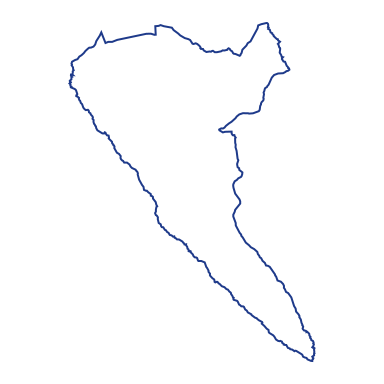 Água Clara, Mato Grosso do Sul, Brazil
{"feature_id": "56859067B67958328223895", "entity_name": "Água Clara", "entity_type": "district", "adm_level": 2, "iso_a3": "BRA", "parent_name": "Brazil", "parent_adm1": "Mato Grosso do Sul", "projection": "albers", "projection_center": [-52.844, -20.147], "detail": "fine", "context": "isolated", "style": "outline", "palette": "blue", "viewbox_px": 384, "rotation_deg": 0, "n_neighbors": 0, "source": "geoboundaries", "source_scale": "gbopen_adm2", "svg_char_len": 5891}
<svg xmlns="http://www.w3.org/2000/svg" viewBox="0 0 384 384"><path d="M267.9,23.7L267.0,23.0L266.0,23.1L261.3,24.2L258.2,25.4L257.5,28.5L250.5,41.4L247.7,43.2L246.4,45.6L242.4,49.7L241.6,52.9L240.6,54.4L240.4,55.2L239.7,55.8L235.5,54.0L233.7,53.7L233.1,53.2L232.1,51.3L230.5,50.3L229.7,48.9L228.6,48.3L227.7,48.9L227.3,49.8L224.4,50.5L222.6,50.4L221.2,51.3L216.9,52.2L214.8,52.2L212.9,50.8L211.8,51.1L211.0,51.7L209.6,51.5L206.4,52.0L203.7,50.4L203.0,49.0L200.9,48.9L200.3,48.2L200.6,47.5L199.5,45.9L197.3,44.0L195.7,43.3L193.5,44.0L192.5,43.7L190.1,40.0L188.3,39.1L184.8,38.1L180.2,35.4L178.2,33.5L173.6,30.1L171.9,27.7L163.8,26.2L160.6,25.1L158.6,25.9L155.3,26.2L155.7,34.7L154.4,34.8L150.9,33.7L146.3,33.8L117.2,39.9L112.1,41.9L108.2,41.9L105.5,43.0L101.3,32.4L99.8,35.6L96.3,41.1L95.2,44.5L93.5,46.6L91.0,47.6L89.2,47.7L88.0,48.6L85.4,51.0L83.8,53.1L81.5,55.2L79.3,56.6L77.5,59.2L75.1,60.0L72.1,61.7L71.5,63.5L72.0,64.5L71.6,65.2L73.0,67.4L73.2,69.6L73.7,70.2L72.7,71.3L72.8,72.8L72.2,74.3L72.8,74.9L71.0,74.6L70.9,75.5L71.2,76.2L72.1,76.9L71.4,77.3L71.4,79.4L69.8,80.7L69.9,81.6L70.5,81.7L70.9,82.4L69.5,83.5L70.5,84.5L70.3,85.3L70.7,86.3L71.4,86.6L71.0,87.4L74.3,88.8L75.3,89.4L76.0,90.2L77.3,94.1L77.0,94.8L76.3,95.3L76.3,96.2L77.6,96.7L79.0,97.9L78.8,98.7L79.5,100.4L80.1,100.7L80.8,102.9L82.1,104.2L83.3,107.6L84.6,109.2L85.8,110.1L87.9,109.8L88.7,110.6L89.0,112.3L90.5,113.4L90.7,114.4L92.5,116.4L92.9,117.4L92.5,118.8L93.6,120.0L93.5,121.9L94.1,123.9L94.7,124.4L95.3,125.9L95.9,126.3L96.2,128.1L97.4,130.3L102.4,133.4L104.0,133.5L104.8,132.3L105.5,132.7L105.8,133.7L107.0,135.3L108.6,135.6L109.0,137.7L108.7,138.5L112.0,141.8L112.2,143.4L113.4,144.6L113.4,145.3L114.1,145.7L114.5,146.6L114.3,148.1L116.9,152.7L119.0,153.9L120.7,156.1L120.5,158.0L121.0,159.2L122.2,160.5L123.1,160.9L124.2,162.6L127.0,162.6L129.5,164.5L130.6,166.6L132.0,168.0L135.6,169.7L136.4,171.0L137.2,171.6L137.9,173.3L137.7,174.5L139.1,179.6L142.0,184.9L143.5,186.8L144.0,189.9L146.1,190.8L146.8,190.7L148.3,192.3L150.8,194.1L150.8,195.7L152.3,196.3L152.9,196.9L153.0,198.6L155.7,202.1L156.3,204.7L157.2,206.3L156.4,207.0L155.9,209.5L155.9,211.6L155.1,213.1L155.8,215.0L156.8,215.6L157.9,217.3L157.8,219.2L158.7,223.0L160.7,224.3L161.2,226.3L161.8,227.1L163.3,227.3L164.8,229.8L166.0,230.3L166.9,231.8L168.6,232.9L169.7,234.9L171.6,235.4L173.1,236.7L174.3,236.4L174.7,237.8L175.5,238.0L177.0,239.4L179.1,239.5L182.5,241.6L183.2,242.7L183.9,243.2L184.5,244.5L186.1,244.3L186.0,245.2L187.2,246.8L187.5,248.7L188.3,249.2L188.7,250.4L188.6,251.1L189.2,251.4L189.7,250.9L190.7,251.3L190.8,252.4L192.8,254.4L193.5,256.1L194.7,257.3L196.3,257.5L197.1,258.0L198.0,260.6L198.5,261.0L201.3,261.0L204.7,262.4L206.3,267.0L207.0,267.8L208.5,270.6L208.5,271.8L210.0,273.7L209.9,275.1L210.3,275.9L212.6,278.4L213.8,279.1L214.4,280.0L214.6,281.9L215.3,282.4L216.8,281.8L217.5,281.9L218.7,283.5L219.5,283.8L221.8,286.2L224.5,287.2L226.4,289.1L227.9,289.6L229.3,291.5L230.8,292.7L231.2,294.3L232.3,295.7L232.9,297.3L233.7,297.8L233.3,298.9L233.7,299.8L237.0,300.8L237.7,301.5L239.1,304.6L240.1,305.1L241.3,306.3L243.2,306.4L243.9,306.8L245.2,309.5L246.8,310.6L247.8,312.4L251.3,314.3L251.6,315.1L255.1,317.7L256.7,318.2L257.1,318.8L258.8,320.2L262.1,322.0L262.4,322.7L261.8,323.7L264.3,325.9L266.7,328.7L268.5,329.9L268.8,332.2L269.3,332.9L273.2,335.3L274.4,336.7L276.0,339.5L278.1,340.9L279.6,341.2L280.3,340.9L281.9,341.6L282.3,343.0L283.7,343.8L283.7,344.6L284.6,344.9L286.3,345.0L287.9,347.9L289.7,348.4L290.2,349.2L292.3,349.6L294.4,351.2L295.2,350.7L296.2,350.9L301.6,354.2L302.3,354.8L303.1,356.7L304.8,357.5L306.5,357.9L307.5,359.4L311.0,360.9L312.3,361.0L312.4,359.5L313.1,359.0L313.4,358.2L312.7,357.5L312.3,356.6L314.1,355.4L314.0,353.9L314.5,353.3L314.2,352.7L314.3,351.3L314.0,349.7L314.5,348.2L313.6,347.5L313.0,347.8L312.3,347.3L313.2,346.2L313.9,344.2L313.2,343.5L313.6,342.4L312.9,340.9L311.4,340.2L311.0,338.8L310.1,337.8L310.5,336.9L309.4,335.5L309.3,334.0L308.6,333.1L307.2,331.8L306.4,332.1L306.3,331.2L305.8,330.8L304.1,330.5L302.8,329.0L302.6,328.4L303.2,326.8L302.9,326.0L302.3,325.4L302.4,324.7L301.5,322.8L300.8,319.5L299.3,317.1L299.5,316.1L298.6,314.4L296.1,311.6L295.6,308.5L294.1,306.1L291.3,297.4L288.2,293.1L286.0,291.9L285.0,289.4L283.9,287.8L284.0,285.9L283.1,284.0L280.9,281.7L277.5,280.5L276.1,276.5L275.2,275.5L275.0,274.4L269.7,266.8L267.9,265.8L266.0,265.5L264.9,262.9L262.5,260.8L261.2,258.2L259.8,257.3L259.2,255.7L257.9,254.1L257.3,251.9L254.2,249.1L250.8,247.2L249.1,245.3L245.8,242.6L242.7,237.4L241.3,235.8L241.1,234.5L239.7,232.9L235.8,225.5L235.7,223.0L233.3,216.6L233.3,214.7L234.7,211.8L235.2,209.8L240.2,203.6L240.2,201.3L239.5,199.4L235.2,193.6L233.5,187.8L233.2,185.8L233.3,184.3L234.7,181.3L236.9,179.9L238.3,178.3L240.9,177.0L241.5,176.3L242.2,174.3L242.4,172.4L239.3,169.9L239.1,168.2L237.7,167.3L237.3,165.5L237.1,164.0L238.3,160.2L237.6,158.8L236.6,150.9L235.5,147.2L235.7,144.7L235.2,142.9L235.1,138.4L235.7,137.6L234.7,136.3L234.4,135.1L232.7,135.2L231.7,133.7L231.6,131.6L225.0,131.8L222.9,132.4L219.4,130.3L219.2,129.5L221.2,128.4L223.0,128.5L224.5,127.6L225.9,125.9L229.0,123.4L231.5,121.8L235.5,118.2L236.7,116.5L239.3,114.4L242.9,113.2L248.3,113.3L249.0,113.6L253.0,113.3L258.8,111.2L259.7,109.8L260.2,106.0L261.0,104.4L261.0,103.5L261.6,102.2L263.3,100.4L263.7,98.8L263.3,97.9L264.0,94.2L263.6,92.5L264.3,91.0L264.8,88.9L265.3,88.0L266.9,87.1L267.2,86.3L268.6,84.7L271.8,77.6L274.1,75.0L278.1,73.5L283.1,73.2L285.4,72.0L286.3,71.2L288.2,70.7L289.4,69.7L289.0,68.3L288.1,68.0L287.9,67.0L286.7,65.8L285.1,61.8L283.5,61.5L281.9,59.0L282.0,58.3L283.0,57.2L281.7,56.8L281.2,55.1L279.7,52.7L280.2,48.8L279.9,47.8L279.3,47.5L278.4,44.4L277.9,43.9L280.0,41.7L278.1,40.4L277.8,39.2L276.9,39.1L273.7,36.1L273.7,35.4L272.3,34.0L272.2,33.2L270.6,32.4L269.8,29.7L268.1,28.9L268.7,27.5L267.9,27.1L268.3,25.2L267.9,23.7Z" fill="none" stroke="#1e3a8a" stroke-width="2"/></svg>